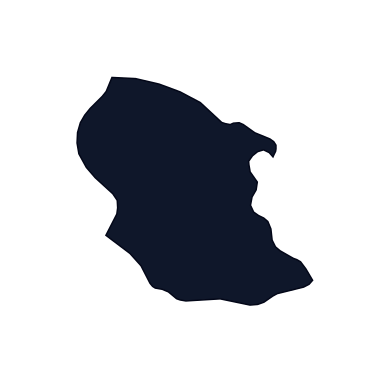 the Province of Phú Thọ, rotated 329°
{"feature_id": "VNM-469", "entity_name": "Phú Thọ", "entity_type": "Province", "adm_level": 1, "iso_a3": "VNM", "parent_name": "Vietnam", "parent_adm1": "", "projection": "robinson", "projection_center": [105.192, 21.309], "detail": "fine", "context": "isolated", "style": "filled", "palette": "ink", "viewbox_px": 384, "rotation_deg": 329, "n_neighbors": 0, "source": "natural_earth", "source_scale": "10m", "svg_char_len": 1108}
<svg xmlns="http://www.w3.org/2000/svg" viewBox="0 0 384 384"><g transform="rotate(329 192 192)"><path d="M245.2,119.7L253.3,147.7L255.8,150.6L259.5,153.9L262.9,154.3L268.1,156.9L270.7,160.6L276.3,173.5L286.2,186.8L288.0,191.1L288.1,195.1L286.2,198.3L284.6,200.2L281.5,202.2L279.5,203.6L278.5,198.0L275.0,192.7L269.0,191.2L262.5,192.1L256.4,194.8L254.8,198.0L253.1,202.4L252.2,204.6L253.1,217.1L248.1,223.2L240.9,227.2L235.3,233.5L234.5,240.9L236.9,246.4L240.1,251.3L241.8,256.4L240.6,264.3L235.9,274.5L235.3,282.0L237.2,287.7L242.4,297.0L244.8,301.2L247.0,303.9L249.1,307.7L250.0,316.5L249.9,329.8L244.8,331.4L238.7,331.0L212.7,323.0L207.6,322.8L196.9,323.5L190.4,322.2L183.5,318.8L161.1,298.1L130.6,282.2L126.2,278.4L123.8,275.5L120.3,265.4L116.2,259.9L111.0,255.4L109.6,252.6L109.0,248.6L110.3,229.0L107.2,212.8L95.9,184.8L116.2,172.2L120.1,167.3L123.6,160.7L123.2,152.7L116.4,129.9L114.1,116.5L114.7,101.0L118.7,90.8L124.5,82.1L132.0,75.1L139.6,70.9L147.8,67.9L164.4,63.8L170.3,61.6L182.4,52.6L202.0,65.7L219.5,82.7L233.4,100.1L245.2,119.7Z" fill="#0f172a" stroke="#020617" stroke-width="1.5"/></g></svg>